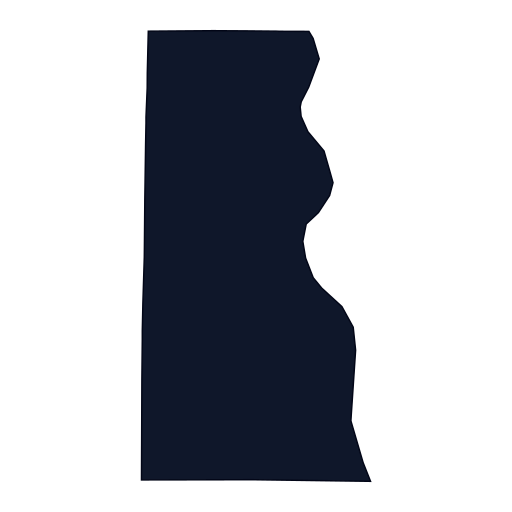 outline of Milwaukee, Wisconsin, United States of America
{"feature_id": "52423323B84290681505038", "entity_name": "Milwaukee", "entity_type": "district", "adm_level": 2, "iso_a3": "USA", "parent_name": "United States of America", "parent_adm1": "Wisconsin", "projection": "orthographic", "projection_center": [-87.947, 43.017], "detail": "fine", "context": "isolated", "style": "filled", "palette": "ink", "viewbox_px": 512, "rotation_deg": 0, "n_neighbors": 0, "source": "geoboundaries", "source_scale": "gbopen_adm2", "svg_char_len": 733}
<svg xmlns="http://www.w3.org/2000/svg" viewBox="0 0 512 512"><path d="M370.5,481.3L363.1,462.6L350.9,420.9L351.2,415.8L354.4,368.1L355.6,350.2L353.2,327.2L341.9,306.6L327.8,293.7L321.7,288.1L313.2,277.7L305.6,258.1L302.8,241.3L306.2,224.0L318.4,212.6L329.6,195.5L333.0,182.7L330.3,173.0L324.0,151.0L307.9,131.7L301.1,116.4L300.2,107.0L301.2,101.8L308.7,87.1L319.2,58.9L313.1,38.4L308.9,31.4L278.3,31.3L278.1,31.2L245.9,30.9L213.2,30.7L148.3,31.2L147.3,73.0L147.2,88.0L146.0,117.0L146.0,123.1L145.6,144.3L145.5,151.9L144.8,201.2L144.8,202.1L144.4,248.0L144.3,257.2L142.9,302.8L142.7,312.2L142.3,330.8L142.3,339.6L142.0,368.4L141.9,378.7L141.5,479.9L252.8,479.7L370.5,481.3Z" fill="#0f172a" stroke="#020617" stroke-width="1.5"/></svg>